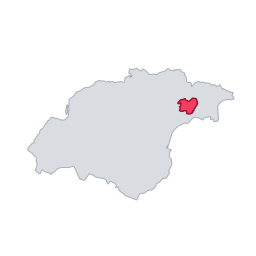 where Zanjan sits in Iran, rotated 123°
{"feature_id": "IRN-3234", "entity_name": "Zanjan", "entity_type": "Province", "adm_level": 1, "iso_a3": "IRN", "parent_name": "Iran", "parent_adm1": "", "projection": "orthographic", "projection_center": [48.438, 36.394], "detail": "fine", "context": "in_parent", "style": "filled", "palette": "rose", "viewbox_px": 256, "rotation_deg": 123, "n_neighbors": 0, "source": "natural_earth", "source_scale": "10m", "svg_char_len": 4540}
<svg xmlns="http://www.w3.org/2000/svg" viewBox="0 0 256 256"><g transform="rotate(123 128 128)"><path d="M122.8,79.8L125.2,79.8L129.3,78.1L129.6,77.7L130.7,74.7L132.1,73.3L134.5,71.6L136.1,71.0L141.8,70.7L142.1,69.5L143.0,68.8L149.2,68.6L150.3,69.5L150.8,71.1L156.1,72.1L157.2,72.5L158.6,73.6L159.6,73.8L160.9,73.1L161.8,73.4L163.1,72.9L167.3,74.3L168.0,76.1L168.9,76.8L169.8,77.5L173.2,78.5L174.2,79.3L176.9,82.4L183.4,81.5L183.9,82.2L184.0,83.6L184.9,87.1L184.6,88.4L185.5,89.4L185.7,91.6L186.2,93.1L185.8,95.3L185.1,95.8L185.7,97.6L185.3,99.5L185.4,100.2L184.6,101.9L184.6,102.5L182.9,104.1L184.5,106.0L182.4,106.4L181.4,108.8L182.0,111.4L181.8,112.8L182.1,113.5L182.7,114.0L185.7,114.1L185.8,114.5L183.2,118.7L183.5,120.2L186.6,127.7L186.7,131.6L187.4,135.6L194.9,135.7L195.9,136.6L196.6,138.8L196.8,140.4L196.7,141.3L189.5,152.6L194.3,157.1L194.6,158.1L197.7,162.7L200.4,164.9L204.7,165.7L206.8,167.2L208.6,166.9L208.7,169.4L210.0,174.5L209.7,177.0L211.2,177.3L213.5,176.6L214.3,176.9L214.9,177.7L214.4,178.3L214.7,180.3L214.1,180.8L214.1,182.8L210.7,183.4L207.7,184.7L206.6,185.6L206.1,187.1L205.0,187.1L204.7,187.7L202.6,188.9L202.2,193.0L201.4,194.0L201.3,199.8L200.8,199.9L199.8,201.0L192.6,200.1L191.8,198.8L191.0,198.7L190.1,200.1L186.6,199.8L185.4,200.2L184.6,199.9L182.7,200.1L181.2,199.4L177.4,200.5L175.0,199.4L172.4,199.2L169.4,199.6L166.8,198.8L165.5,199.3L164.9,198.6L161.1,198.3L159.7,195.9L159.6,194.6L158.5,192.5L158.0,189.3L157.0,187.1L155.3,185.3L151.0,184.5L148.8,185.3L147.2,186.5L144.6,187.4L142.6,189.7L141.4,189.6L136.5,192.8L135.4,192.9L131.6,191.2L129.9,190.9L126.5,191.1L124.6,189.9L124.1,189.0L119.6,187.2L116.8,185.4L115.9,183.7L114.7,182.4L112.0,181.5L110.5,180.4L106.4,180.2L103.4,177.5L103.4,176.6L101.6,173.6L101.3,171.3L100.9,170.8L99.4,169.9L99.2,169.3L99.5,167.9L97.6,167.0L97.3,166.4L97.3,164.2L92.8,159.0L91.9,156.1L91.1,156.0L87.2,158.0L86.1,156.9L82.6,155.1L82.2,154.4L83.0,154.1L83.9,154.4L84.4,154.0L84.2,153.4L83.3,153.0L82.2,153.0L82.5,153.6L81.4,154.2L81.2,154.9L81.4,157.1L81.0,157.7L79.2,158.0L78.0,158.7L77.0,157.9L76.7,156.4L76.1,155.4L75.1,155.0L74.4,154.0L73.2,153.5L73.2,148.0L70.2,147.8L70.2,143.6L71.6,139.5L68.8,135.7L67.6,132.9L66.8,132.3L65.3,132.4L60.5,128.4L58.8,127.4L56.5,127.1L56.2,125.7L56.8,124.2L55.8,122.2L55.5,121.6L54.5,121.4L54.6,120.1L53.4,120.2L51.1,116.7L50.5,116.2L51.8,113.7L51.0,111.6L51.6,109.8L52.8,109.9L53.2,107.6L55.3,105.2L57.2,104.2L57.4,103.5L57.0,102.2L55.9,100.5L56.1,99.1L56.5,98.5L58.4,97.8L58.5,97.5L57.6,96.9L54.3,96.8L52.5,95.1L50.8,94.7L49.9,91.1L49.6,90.6L48.9,90.5L48.4,89.8L48.2,87.4L47.0,86.3L46.2,82.7L46.2,81.9L46.5,81.1L44.7,79.5L44.6,77.1L45.0,76.6L43.0,74.8L42.0,74.7L41.9,74.4L43.5,70.8L44.1,70.0L42.9,69.4L43.0,67.6L42.7,66.1L42.9,64.7L42.1,63.6L41.9,63.0L42.3,61.4L41.5,60.6L41.1,58.9L44.1,58.5L44.8,56.0L45.9,55.0L47.7,56.3L50.2,60.5L51.7,61.8L52.8,63.2L58.4,64.8L59.7,64.4L61.6,64.5L64.1,62.0L65.2,61.7L68.1,59.2L71.6,56.8L73.5,56.5L76.1,59.5L74.6,60.4L74.3,61.1L74.5,61.9L75.7,62.6L75.8,63.5L75.4,63.9L73.9,64.4L73.4,65.2L75.1,66.6L75.9,67.7L76.9,68.0L78.3,69.9L80.6,69.6L81.1,74.0L82.4,77.7L84.8,79.2L91.2,80.3L91.9,81.0L93.0,83.0L94.7,84.4L99.7,87.1L105.1,88.3L108.7,88.1L121.9,84.2L123.1,84.2L121.2,85.1L121.9,85.4L123.6,85.3L124.0,85.0L124.0,84.4L122.8,79.8ZM149.6,187.5L148.8,188.9L147.6,190.0L146.6,189.8L142.7,191.6L141.6,191.6L141.5,191.1L145.7,189.0L145.9,188.5L145.6,187.6L147.0,187.9L148.5,187.0L149.8,186.7L150.4,187.2L149.6,187.5Z" fill="#d9dde1" stroke="#a8b0b8" stroke-width="1"/><path d="M80.8,82.6L82.0,83.4L83.0,84.4L83.3,84.9L83.8,86.7L83.2,86.9L82.3,87.5L81.9,88.3L82.1,89.0L82.5,89.6L82.8,90.2L83.1,90.7L83.5,90.9L83.8,90.9L84.0,91.0L84.3,91.3L84.5,91.6L84.6,92.1L84.9,92.5L85.1,93.0L85.3,94.1L85.1,94.4L83.5,94.8L82.7,95.3L82.1,95.9L82.1,96.3L81.3,96.1L80.8,96.0L80.0,96.3L79.5,96.6L79.2,96.7L78.9,96.7L78.6,96.7L78.4,96.9L78.4,97.2L79.5,98.2L80.2,99.1L80.2,99.3L79.9,99.7L79.2,99.9L78.5,99.8L77.7,99.4L75.9,99.3L75.5,99.1L75.2,98.5L75.1,98.3L75.0,98.0L74.8,97.9L72.5,96.4L72.4,96.1L72.5,95.8L72.8,95.4L73.0,94.6L73.0,93.6L72.9,93.0L72.7,93.0L72.7,92.9L72.8,92.7L72.7,92.4L72.8,92.2L72.7,92.1L72.6,91.9L72.6,91.7L72.5,91.4L72.2,91.1L67.9,90.1L67.7,89.9L66.5,87.2L66.5,86.9L66.5,86.4L66.7,86.0L68.0,84.8L68.3,84.2L68.6,84.0L69.1,83.7L69.6,83.2L69.9,83.1L70.2,83.0L72.8,82.7L73.6,82.8L74.2,82.7L76.2,82.9L76.8,82.7L77.1,82.4L77.4,82.3L77.8,82.4L78.4,83.1L78.7,83.0L78.8,82.9L78.8,82.7L79.0,82.4L79.3,82.6L79.6,82.6L79.9,82.4L80.2,82.3L80.8,82.6Z" fill="#f43f5e" stroke="#9f1239" stroke-width="1.5"/></g></svg>